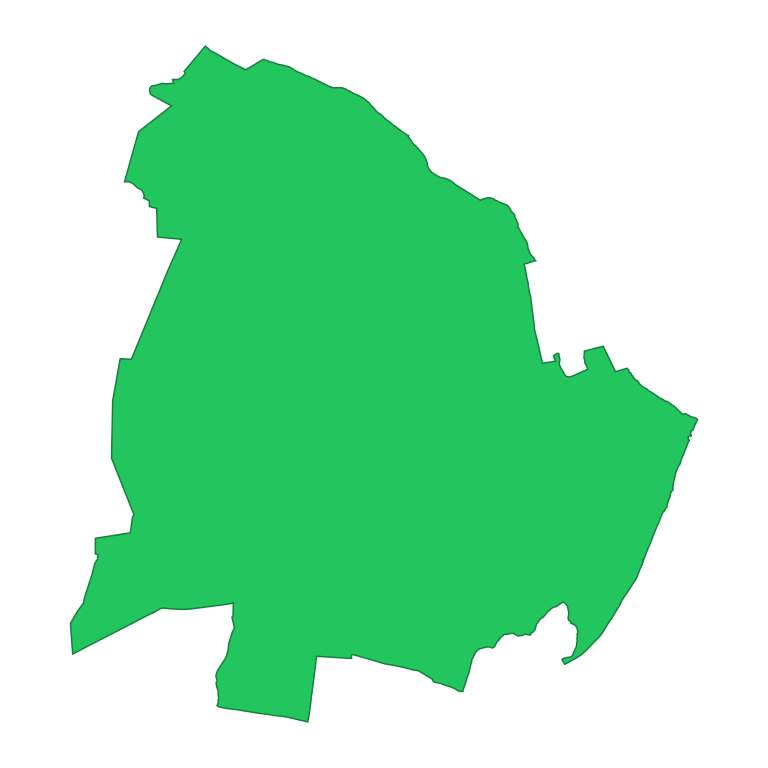 the district of Margineni, Neamt, Romania
{"feature_id": "2599482B23052951043248", "entity_name": "Margineni", "entity_type": "district", "adm_level": 2, "iso_a3": "ROU", "parent_name": "Romania", "parent_adm1": "Neamt", "projection": "natural_earth1", "projection_center": [26.666, 46.886], "detail": "fine", "context": "isolated", "style": "filled", "palette": "green", "viewbox_px": 768, "rotation_deg": 0, "n_neighbors": 0, "source": "geoboundaries", "source_scale": "gbopen_adm2", "svg_char_len": 6071}
<svg xmlns="http://www.w3.org/2000/svg" viewBox="0 0 768 768"><path d="M492.6,648.0L494.1,646.9L494.8,646.6L495.0,645.4L495.3,644.8L495.8,644.4L496.4,642.8L497.2,641.7L499.0,640.1L499.1,639.4L499.9,639.0L500.1,638.6L500.0,638.0L500.5,637.4L501.2,636.8L502.9,635.9L503.2,635.2L504.3,634.4L506.7,634.3L512.2,633.3L513.6,633.4L514.8,634.3L518.3,636.1L520.1,635.4L521.8,635.7L522.5,635.5L524.4,634.3L525.6,634.3L530.2,635.1L530.5,634.7L530.9,633.1L532.3,632.6L535.1,629.5L536.5,624.2L540.3,619.0L540.8,618.7L541.7,617.7L542.2,617.7L543.5,617.1L544.2,615.8L545.3,614.9L546.1,613.4L548.5,610.9L550.0,609.9L550.9,608.9L553.8,607.0L555.6,606.9L556.3,606.6L560.9,603.3L562.7,602.3L563.3,602.2L564.5,602.7L565.4,603.5L567.1,605.7L567.9,607.9L568.1,609.9L568.9,612.1L568.6,612.4L568.7,613.5L568.1,618.7L568.7,619.6L568.7,620.2L571.1,621.9L570.6,623.0L575.6,625.4L577.4,629.2L577.4,629.7L577.8,631.8L577.1,634.4L577.4,637.1L576.9,638.1L577.2,640.2L577.2,641.4L576.6,642.4L576.7,644.6L576.6,645.3L576.1,647.4L575.3,648.6L574.5,650.9L573.8,651.8L572.9,654.8L571.2,656.6L570.3,657.1L567.1,657.5L564.7,658.1L562.8,658.8L562.0,659.3L562.0,659.7L564.7,664.3L576.6,657.8L581.2,654.8L584.2,652.3L599.7,636.4L601.6,634.0L609.9,620.7L610.7,619.5L611.4,619.2L612.6,616.8L620.7,603.5L620.9,602.1L621.3,601.3L626.0,594.1L626.9,593.0L633.1,583.3L635.7,579.6L636.7,577.8L639.6,570.2L642.4,563.8L643.2,561.5L643.2,561.0L642.5,559.8L642.9,559.6L643.7,559.7L647.5,549.8L649.1,545.9L650.5,543.2L651.3,540.6L651.9,539.0L652.4,538.3L652.6,537.1L657.1,526.1L659.0,522.1L660.9,516.6L663.0,512.0L663.4,512.0L664.0,511.4L666.0,508.0L666.9,507.1L667.2,504.3L668.0,502.4L668.3,500.7L669.9,497.2L670.2,496.1L670.1,494.8L670.4,493.8L671.1,492.2L672.1,490.9L672.7,490.5L673.2,489.1L672.9,488.7L672.7,488.1L673.1,486.8L672.9,485.7L673.5,483.5L673.4,482.6L676.1,471.5L678.7,465.6L679.7,464.8L681.2,460.0L686.2,447.5L688.3,441.7L689.3,441.1L689.2,440.1L688.4,439.1L688.1,437.9L688.3,437.0L688.7,436.2L689.6,435.8L690.8,436.2L691.1,435.8L691.3,435.2L690.5,433.7L690.9,432.3L692.0,430.7L693.0,429.8L695.3,424.1L697.6,419.4L695.8,418.1L694.9,418.1L693.8,417.5L691.2,416.8L685.5,413.6L684.3,414.1L682.6,414.1L681.9,413.8L674.6,406.6L670.7,404.0L668.1,402.0L666.9,401.3L665.8,401.4L661.7,398.7L659.3,397.9L656.5,395.5L647.3,389.8L646.8,388.8L645.2,388.4L642.5,386.4L641.5,386.0L640.7,385.3L640.7,384.9L640.3,384.5L639.1,383.5L638.7,382.3L637.5,380.8L636.4,380.2L635.2,379.9L634.8,379.6L634.7,378.9L634.3,378.1L633.3,377.9L633.1,376.9L633.1,376.1L631.6,375.3L631.3,374.9L631.3,373.9L630.3,372.7L628.8,372.3L628.7,371.9L629.0,371.1L628.8,370.2L626.9,368.3L615.5,371.7L603.2,346.2L584.4,351.1L584.4,353.5L583.9,357.6L584.5,359.4L584.8,360.7L584.6,361.7L584.7,362.5L587.3,367.5L587.6,369.3L572.2,376.2L569.8,376.9L568.6,377.0L567.5,376.7L565.9,376.0L565.2,375.4L564.2,374.1L559.9,365.8L559.4,364.8L559.3,363.6L559.4,361.8L559.8,360.7L560.0,359.5L559.3,357.2L558.8,353.8L558.5,353.4L557.5,353.3L557.0,353.5L553.6,355.6L555.4,361.3L542.4,363.2L536.8,338.7L534.5,329.4L534.4,326.8L531.0,300.4L530.8,297.3L529.9,294.1L528.7,288.3L528.3,285.8L528.4,284.6L526.8,277.4L525.3,268.8L525.0,267.1L523.8,264.3L534.7,260.9L535.6,260.8L534.8,260.0L534.7,259.4L533.2,257.2L531.2,255.2L529.0,251.5L528.9,250.7L528.2,249.1L527.3,243.3L525.0,238.9L524.1,237.9L518.0,226.8L517.8,226.2L517.9,224.9L518.2,224.3L514.7,216.4L514.9,215.6L514.5,214.9L512.6,212.4L511.8,212.0L508.9,207.0L506.7,204.9L498.6,202.0L497.5,201.1L494.8,199.9L493.3,198.6L489.5,197.8L487.3,197.8L482.1,199.4L480.5,200.3L455.4,184.6L453.2,182.5L449.3,180.0L445.5,178.5L439.9,177.3L434.5,174.3L432.8,173.1L431.5,172.1L429.8,170.3L427.5,166.1L427.5,164.6L427.2,162.9L425.3,157.9L424.1,155.8L421.7,152.7L415.7,145.9L412.8,143.3L411.3,140.5L408.5,137.3L408.2,136.4L408.5,135.5L407.6,135.4L399.9,130.0L395.2,126.4L393.5,125.4L389.6,121.9L386.1,119.6L381.9,115.3L380.8,114.4L377.9,112.7L375.6,110.3L373.4,107.6L371.3,105.8L369.1,102.8L366.3,100.7L364.0,98.5L359.8,96.2L354.0,93.7L349.5,91.1L347.5,90.2L345.2,88.8L341.6,87.7L333.2,87.8L328.4,86.0L314.8,79.2L308.3,76.3L306.3,75.8L301.9,73.6L296.8,71.5L289.4,66.9L282.7,65.2L278.0,64.3L274.7,63.0L272.3,62.2L270.4,62.1L267.7,60.8L264.9,59.9L264.2,59.4L262.2,59.9L261.3,60.5L251.6,66.4L246.3,69.3L245.4,69.6L234.0,63.9L215.5,53.3L212.4,51.6L210.8,51.0L210.0,50.5L208.0,48.3L205.3,46.1L184.1,71.5L185.6,73.2L181.4,77.7L178.0,79.5L172.5,79.5L173.7,83.3L165.1,83.9L162.2,83.3L156.8,85.1L151.4,86.1L150.0,87.8L149.6,90.0L150.2,92.9L150.7,94.3L151.9,95.2L171.5,105.9L138.6,131.6L124.5,181.8L128.7,181.7L132.7,183.3L136.8,187.3L138.2,188.3L142.0,190.1L144.4,195.9L143.6,198.1L149.2,200.7L149.5,206.6L156.7,208.4L157.5,237.0L181.7,239.3L167.8,270.7L131.4,359.3L120.2,358.7L112.7,400.5L111.5,458.1L134.0,514.8L132.5,517.1L130.3,532.8L95.4,538.3L95.3,554.0L98.1,554.5L97.5,559.2L94.9,563.3L91.9,574.9L84.7,596.9L83.6,602.8L77.4,611.5L70.4,623.4L72.7,654.0L152.5,612.8L152.5,613.1L153.8,612.4L160.0,608.9L161.9,608.2L164.7,608.1L169.6,608.7L181.9,609.4L189.6,609.1L226.7,604.3L231.6,603.4L233.3,602.8L233.0,616.6L232.3,616.7L232.0,617.3L234.3,627.3L234.6,627.8L232.4,631.9L229.6,640.7L228.6,644.3L228.1,649.8L226.5,656.3L225.4,658.4L218.3,669.2L217.0,671.9L216.2,674.4L215.9,676.4L217.0,679.7L217.1,680.3L217.0,680.9L216.3,682.1L216.2,683.6L216.9,687.6L218.0,690.2L218.3,692.8L218.1,695.5L218.6,696.7L218.7,697.6L218.1,701.3L218.0,703.5L217.0,705.7L219.3,707.0L226.5,708.4L237.2,709.7L240.3,710.3L260.7,713.5L267.2,714.3L278.4,716.0L280.6,716.0L286.6,717.0L307.7,721.9L308.8,716.7L310.7,703.1L311.1,699.5L311.2,696.8L311.9,693.3L315.6,664.5L316.4,656.3L351.3,658.4L351.6,658.4L351.5,656.5L351.8,655.1L352.5,654.7L354.0,654.8L385.1,663.9L394.2,665.4L406.1,668.0L412.9,669.9L418.3,670.7L432.3,679.2L432.9,680.8L433.5,681.6L434.2,682.1L435.8,682.5L440.4,683.3L445.0,685.2L449.2,686.3L454.5,688.5L458.1,690.8L460.0,691.5L463.0,691.2L463.0,690.2L465.3,683.7L467.1,677.4L469.2,671.9L470.3,666.2L471.8,661.1L471.8,659.7L476.1,651.7L478.6,649.4L481.3,648.3L487.9,646.8L489.8,647.1L492.6,648.0Z" fill="#22c55e" stroke="#15803d" stroke-width="1.5"/></svg>